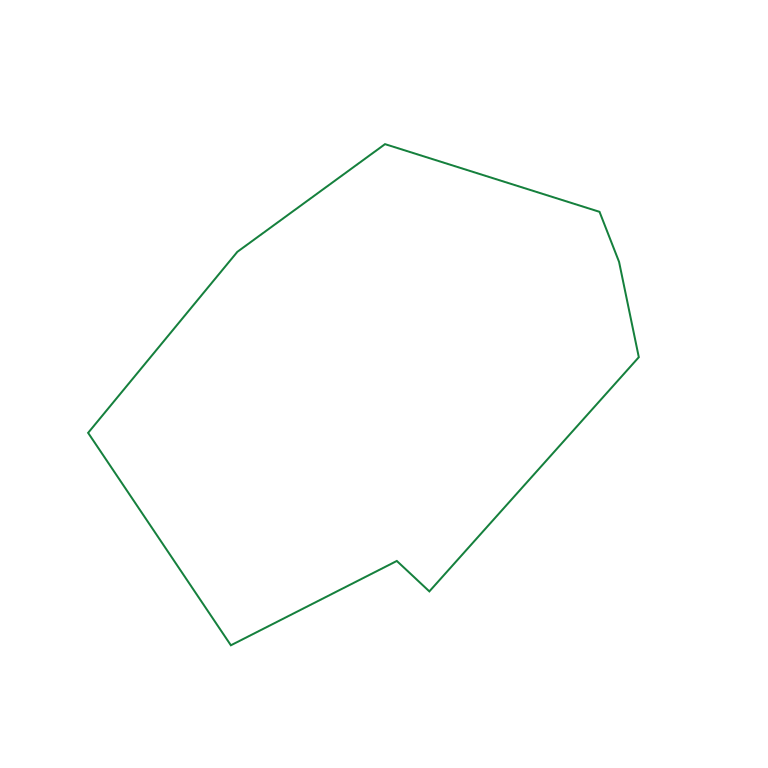 Fairfax, Virginia, United States of America (Natural Earth projection), rotated 145°
{"feature_id": "52423323B75618764282830", "entity_name": "Fairfax", "entity_type": "district", "adm_level": 2, "iso_a3": "USA", "parent_name": "United States of America", "parent_adm1": "Virginia", "projection": "natural_earth1", "projection_center": [-77.307, 38.853], "detail": "fine", "context": "isolated", "style": "outline", "palette": "green", "viewbox_px": 768, "rotation_deg": 145, "n_neighbors": 0, "source": "geoboundaries", "source_scale": "gbopen_adm2", "svg_char_len": 286}
<svg xmlns="http://www.w3.org/2000/svg" viewBox="0 0 768 768"><g transform="rotate(145 384 384)"><path d="M121.4,349.2L108.7,401.4L245.6,579.9L428.3,576.4L654.4,513.7L659.3,257.8L475.0,231.7L465.8,188.1L159.9,259.8L121.4,349.2Z" fill="none" stroke="#15803d" stroke-width="2"/></g></svg>